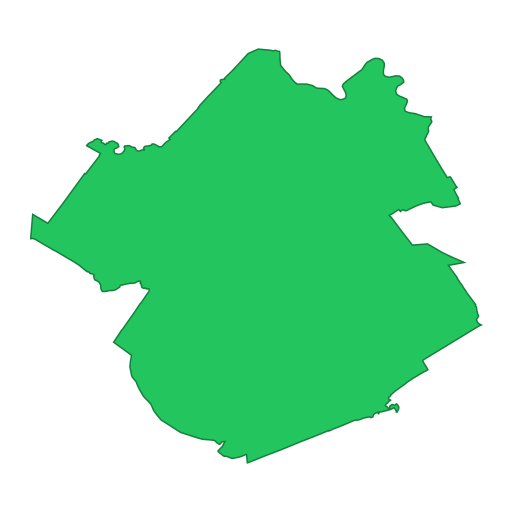 Vanatorii Mici, Giurgiu, Romania (Natural Earth projection)
{"feature_id": "2599482B21874534700145", "entity_name": "Vanatorii Mici", "entity_type": "district", "adm_level": 2, "iso_a3": "ROU", "parent_name": "Romania", "parent_adm1": "Giurgiu", "projection": "natural_earth1", "projection_center": [25.553, 44.495], "detail": "fine", "context": "isolated", "style": "filled", "palette": "green", "viewbox_px": 512, "rotation_deg": 0, "n_neighbors": 0, "source": "geoboundaries", "source_scale": "gbopen_adm2", "svg_char_len": 5985}
<svg xmlns="http://www.w3.org/2000/svg" viewBox="0 0 512 512"><path d="M265.2,455.8L280.7,449.9L301.4,441.4L311.3,437.6L328.3,430.7L328.5,430.6L328.7,431.0L330.7,430.3L333.1,429.0L336.7,427.7L347.3,423.4L353.0,420.9L355.5,420.1L357.1,420.2L358.7,419.9L361.1,419.2L363.4,418.1L365.8,417.7L368.6,416.9L369.2,416.9L371.0,417.6L371.7,417.5L372.9,416.8L373.1,416.4L373.4,415.1L374.1,414.1L375.1,413.4L377.8,412.2L378.3,413.7L378.6,413.7L378.6,413.4L379.3,412.5L379.3,412.0L381.1,411.9L388.8,410.0L392.0,408.8L393.9,407.8L394.3,407.9L394.8,408.6L396.0,410.6L396.3,411.1L396.3,412.1L396.9,412.2L397.4,411.6L398.7,408.8L398.8,407.3L398.5,406.2L397.3,404.5L396.8,404.1L396.3,403.9L395.3,404.8L394.5,405.2L393.9,405.2L393.0,404.5L391.8,404.6L391.4,405.2L390.6,405.4L389.6,406.4L389.7,408.1L389.3,408.3L388.3,408.2L387.7,407.7L386.8,406.5L385.7,406.0L385.5,405.5L385.5,405.0L386.0,404.1L386.6,403.5L387.8,402.9L388.6,402.0L388.9,401.1L390.5,400.5L390.6,400.2L388.8,399.1L388.5,398.5L388.6,397.7L389.1,397.1L390.4,396.1L390.8,395.5L391.0,394.6L391.8,394.1L394.9,391.3L405.9,383.4L406.4,382.7L412.5,378.7L413.1,378.0L414.1,377.7L419.8,374.2L424.3,371.7L426.3,370.8L427.9,369.7L426.5,367.1L424.8,364.6L423.2,361.8L422.8,360.9L422.7,360.4L422.8,360.2L472.2,330.1L479.2,325.9L481.3,325.0L479.8,324.2L478.1,323.1L476.6,320.3L476.5,319.4L478.1,317.1L478.5,316.3L478.5,315.7L478.4,315.3L477.6,314.0L477.4,312.4L476.9,310.9L476.5,307.4L476.4,307.0L475.6,306.2L475.5,305.7L475.7,304.7L467.3,293.4L460.9,283.6L459.9,282.4L458.6,280.2L457.7,279.2L457.5,278.3L456.8,277.7L456.9,277.2L451.4,269.7L448.4,265.3L453.3,264.5L464.1,262.5L452.1,257.2L442.2,252.5L427.5,243.9L414.1,245.0L412.1,244.9L410.0,242.0L402.4,232.2L391.0,217.0L389.2,215.5L390.1,214.7L391.2,214.4L392.9,213.4L394.5,212.3L394.8,212.0L398.8,209.6L399.3,210.0L400.4,211.5L400.7,211.1L402.3,210.1L403.2,209.8L405.2,210.7L405.8,210.8L406.5,210.6L415.4,206.3L418.8,204.9L423.8,203.2L429.9,202.0L431.0,202.0L432.9,204.9L433.5,205.2L442.2,207.7L454.7,206.2L456.4,205.7L460.0,204.0L460.2,203.8L460.2,203.5L458.3,199.6L458.3,199.3L458.6,198.6L455.5,192.8L453.9,189.6L457.1,187.2L456.9,187.0L456.5,186.9L456.1,186.3L450.5,177.0L449.8,176.9L447.0,177.5L445.9,175.3L441.8,168.8L433.1,154.2L427.8,145.0L427.2,144.2L424.7,139.8L424.9,139.1L425.7,137.6L426.7,135.3L427.7,133.3L428.7,130.9L428.5,130.4L428.2,128.8L428.5,126.8L431.6,122.3L431.8,121.8L431.7,121.2L431.4,120.4L430.6,119.0L431.4,116.9L424.4,116.7L415.2,113.6L409.5,112.8L405.2,111.3L404.5,108.2L406.3,104.3L407.5,101.4L406.8,99.2L401.8,97.0L399.2,96.0L396.4,93.9L395.6,90.8L396.6,87.9L397.8,86.0L400.4,84.8L403.8,82.2L403.4,79.8L401.9,77.8L399.5,76.0L395.4,75.9L389.0,77.3L384.5,75.9L383.4,73.6L383.4,70.3L384.2,66.6L384.3,63.2L382.1,60.0L378.7,58.5L375.3,58.3L373.0,59.0L366.6,62.6L364.1,66.1L361.8,69.8L359.7,71.2L346.3,81.3L343.3,84.0L342.3,86.4L345.5,92.5L346.2,95.1L345.6,98.0L342.8,99.3L340.0,99.7L336.0,97.9L332.7,94.9L329.4,91.4L327.4,89.9L324.3,88.5L318.4,88.3L315.8,87.8L313.0,85.7L307.0,84.1L297.4,84.1L295.0,82.4L292.2,79.4L290.5,76.7L288.9,74.5L285.9,71.8L280.7,65.6L280.0,59.1L279.8,52.5L279.5,51.4L277.4,51.1L275.3,50.3L273.4,50.9L270.3,50.2L258.2,49.1L248.2,53.5L240.8,61.6L231.8,71.2L224.5,78.3L224.8,78.8L224.7,79.4L222.2,79.4L221.1,79.7L220.4,80.1L220.2,80.9L220.3,81.7L221.3,82.6L207.8,96.7L199.7,105.4L199.7,105.7L198.2,107.6L198.5,107.9L176.4,131.5L175.9,131.2L175.4,131.5L168.9,138.0L170.2,139.4L165.8,142.4L161.4,146.9L160.2,146.7L158.9,146.8L157.9,146.0L154.3,144.1L152.9,143.9L151.9,144.2L151.4,145.2L147.9,146.0L145.1,146.3L144.4,146.7L143.5,148.2L143.6,148.6L144.2,149.4L144.3,149.9L144.2,150.2L142.1,149.9L141.0,150.3L139.2,151.1L138.3,151.2L136.7,150.4L136.1,149.8L135.3,148.0L134.3,147.4L131.7,147.0L130.9,146.4L129.4,145.7L127.9,145.6L125.9,145.9L125.3,145.8L124.5,146.2L124.2,146.8L124.3,147.6L124.9,148.5L124.6,149.8L123.9,151.1L123.0,152.2L121.9,153.4L120.8,154.0L119.3,154.2L118.0,154.2L115.4,153.7L114.7,153.1L114.2,152.2L113.9,149.9L114.5,148.9L115.5,148.3L116.8,148.0L118.8,146.6L118.5,145.4L117.8,143.7L117.4,143.3L116.3,142.8L114.1,141.4L112.1,141.1L109.2,141.7L108.1,143.1L106.7,143.1L106.3,143.5L106.2,144.0L105.9,144.6L105.2,144.6L104.4,144.2L103.5,143.1L102.9,143.1L101.8,142.7L101.3,142.2L101.2,141.6L101.3,141.1L101.9,140.3L97.1,138.6L96.3,139.2L94.3,139.9L92.8,141.5L91.0,142.1L88.8,143.3L87.8,144.1L87.7,144.5L86.8,145.2L86.6,145.7L100.1,153.2L100.4,153.6L99.5,155.0L99.3,155.6L99.4,156.0L85.7,173.9L84.7,173.5L63.3,202.9L47.9,223.2L47.8,223.3L44.9,221.5L32.7,214.4L30.7,238.7L33.1,238.5L35.0,239.2L54.1,250.4L54.5,250.4L74.0,261.9L79.1,265.2L85.4,270.4L87.4,271.8L89.3,272.1L89.8,273.2L91.1,273.8L92.2,273.7L93.5,274.5L94.1,275.1L93.7,276.3L94.6,279.7L96.5,280.6L98.7,281.9L100.8,285.1L100.7,285.9L100.9,288.4L101.4,290.2L102.5,291.5L104.8,291.5L109.8,290.6L112.9,290.5L115.8,289.7L117.3,288.6L119.7,287.2L119.9,286.1L120.5,285.3L122.8,284.9L126.8,283.8L128.0,283.8L129.9,283.3L132.3,283.3L133.9,283.1L135.7,282.7L137.0,281.6L139.9,281.0L140.5,281.3L140.8,282.1L140.2,282.8L140.2,283.3L140.9,284.1L141.5,285.2L141.5,286.6L141.9,287.5L143.4,288.2L144.3,288.3L145.2,287.9L146.0,288.4L146.2,288.9L147.0,289.0L148.4,288.6L148.9,288.7L149.1,289.9L149.0,291.6L147.7,293.1L141.4,302.4L140.1,303.7L134.5,312.2L122.4,329.4L120.8,331.2L120.1,332.5L113.6,342.2L131.4,355.2L131.2,357.3L130.4,361.4L129.9,367.2L130.0,367.9L130.9,371.6L131.4,374.8L132.1,376.8L136.1,381.8L137.2,384.6L139.3,389.2L143.5,396.3L145.0,398.0L147.6,400.6L150.8,404.1L151.3,404.9L153.3,409.7L154.4,411.6L157.2,415.3L161.2,420.1L164.5,422.1L180.2,432.2L183.1,433.3L197.9,438.0L202.4,439.2L205.6,439.6L209.4,439.8L214.4,440.4L217.5,443.2L219.5,444.4L219.9,444.2L221.9,442.0L222.9,441.6L225.0,441.5L223.4,444.3L222.4,446.5L221.1,447.6L218.0,451.0L218.1,451.5L218.6,452.0L222.5,455.2L224.2,456.3L226.1,456.2L231.8,458.3L232.5,458.4L237.9,457.4L239.8,456.9L241.7,456.3L246.3,454.3L246.6,454.7L247.3,462.8L247.5,462.9L265.2,455.8Z" fill="#22c55e" stroke="#15803d" stroke-width="1.5"/></svg>